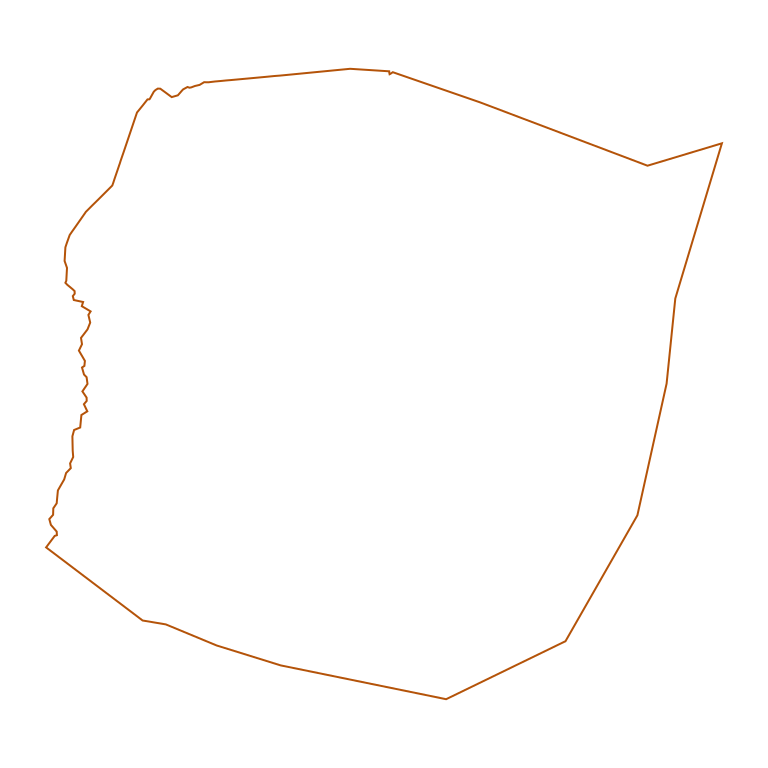 the district of San Mateo Tlapiltepec, Oaxaca, Mexico
{"feature_id": "50627088B46903658008737", "entity_name": "San Mateo Tlapiltepec", "entity_type": "district", "adm_level": 2, "iso_a3": "MEX", "parent_name": "Mexico", "parent_adm1": "Oaxaca", "projection": "albers", "projection_center": [-97.446, 17.804], "detail": "fine", "context": "isolated", "style": "outline", "palette": "amber", "viewbox_px": 768, "rotation_deg": 0, "n_neighbors": 0, "source": "geoboundaries", "source_scale": "gbopen_adm2", "svg_char_len": 1528}
<svg xmlns="http://www.w3.org/2000/svg" viewBox="0 0 768 768"><path d="M446.1,699.2L565.5,641.2L637.4,515.3L666.6,383.6L675.3,298.5L721.9,143.3L647.5,165.7L479.9,102.3L392.8,72.2L390.6,73.7L390.3,73.9L390.0,74.0L389.6,74.2L389.3,72.8L389.2,71.3L350.1,68.8L284.1,75.2L279.9,75.6L274.6,76.0L266.4,76.8L250.2,78.3L230.5,80.1L226.7,80.4L220.7,81.0L214.9,81.5L208.3,82.3L204.1,82.2L199.6,84.9L194.9,86.0L191.2,87.4L189.5,87.7L187.5,87.0L183.1,89.4L181.8,90.8L177.9,95.3L171.7,97.1L165.9,92.8L160.3,88.7L157.8,88.6L155.4,90.1L153.8,91.7L149.9,98.7L149.7,99.0L149.4,99.3L147.5,99.4L142.6,105.6L137.0,112.5L135.1,118.1L123.7,151.9L120.7,160.6L119.7,163.8L119.0,165.7L118.9,166.1L117.3,170.8L114.6,178.7L113.4,182.4L112.3,185.5L108.6,189.2L99.0,198.8L92.1,205.6L85.8,211.9L85.3,212.7L75.8,226.3L71.9,231.8L69.7,235.0L66.9,242.8L65.4,247.3L65.3,248.9L64.6,261.0L67.0,267.9L66.3,280.7L65.4,282.8L67.3,284.8L72.6,289.2L74.6,291.1L74.7,293.7L72.8,296.1L73.8,300.0L76.5,300.6L83.1,302.0L81.8,306.2L90.6,311.4L88.4,314.9L90.2,322.6L87.5,329.4L81.0,337.9L82.0,344.2L78.9,350.6L84.9,360.9L84.4,365.9L82.0,367.5L84.0,374.5L86.6,377.2L87.5,383.9L82.4,391.4L86.6,397.6L86.7,400.9L83.9,404.2L87.3,411.3L81.4,415.0L80.2,427.5L74.1,430.0L72.4,436.3L72.7,450.7L73.2,457.0L70.1,463.4L70.8,468.1L66.1,473.0L64.2,479.4L57.9,490.4L57.1,498.7L56.7,503.3L53.3,508.3L53.1,514.8L49.3,519.1L50.9,524.9L56.7,531.6L56.9,535.2L54.7,535.9L46.1,547.4L142.6,620.5L165.8,624.4L216.7,645.5L280.7,665.4L446.1,699.2Z" fill="none" stroke="#b45309" stroke-width="2"/></svg>